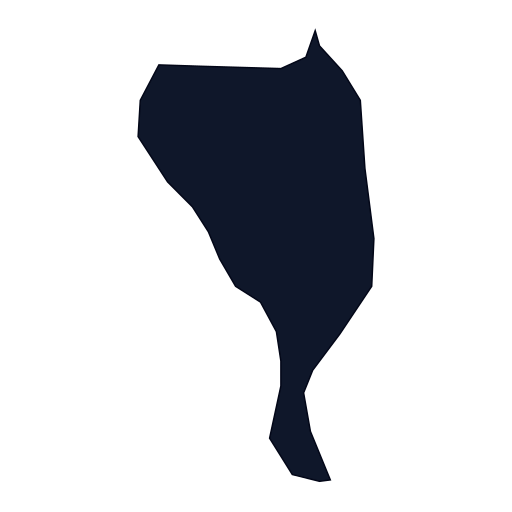 Hallstahammar, Västmanland, Sweden
{"feature_id": "70781695B32403913124939", "entity_name": "Hallstahammar", "entity_type": "district", "adm_level": 2, "iso_a3": "SWE", "parent_name": "Sweden", "parent_adm1": "Västmanland", "projection": "mercator", "projection_center": [16.242, 59.583], "detail": "fine", "context": "isolated", "style": "filled", "palette": "ink", "viewbox_px": 512, "rotation_deg": 0, "n_neighbors": 0, "source": "geoboundaries", "source_scale": "gbopen_adm2", "svg_char_len": 509}
<svg xmlns="http://www.w3.org/2000/svg" viewBox="0 0 512 512"><path d="M330.3,479.9L310.4,431.4L303.6,392.8L312.7,370.2L339.9,333.9L371.7,286.3L373.9,238.6L364.9,168.3L360.3,100.3L342.2,70.8L319.5,45.9L315.2,30.7L305.9,57.2L280.9,68.6L201.6,66.3L158.9,64.9L140.3,100.3L138.1,136.6L167.6,181.9L192.5,206.9L208.4,231.8L219.7,259.0L235.6,286.3L260.5,302.1L276.4,331.6L280.9,361.1L280.9,386.0L269.6,438.2L282.2,458.3L292.3,474.5L319.5,481.3L330.3,479.9Z" fill="#0f172a" stroke="#020617" stroke-width="1.5"/></svg>